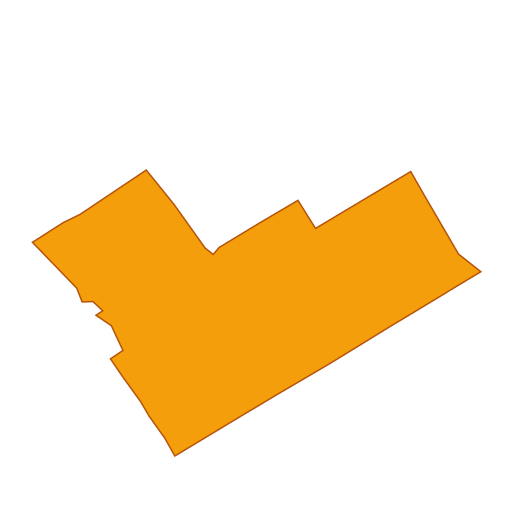 Broome, New York, United States of America (Robinson projection), rotated 329°
{"feature_id": "52423323B9880923188438", "entity_name": "Broome", "entity_type": "district", "adm_level": 2, "iso_a3": "USA", "parent_name": "United States of America", "parent_adm1": "New York", "projection": "robinson", "projection_center": [-75.837, 42.207], "detail": "fine", "context": "isolated", "style": "filled", "palette": "amber", "viewbox_px": 512, "rotation_deg": 329, "n_neighbors": 0, "source": "geoboundaries", "source_scale": "gbopen_adm2", "svg_char_len": 684}
<svg xmlns="http://www.w3.org/2000/svg" viewBox="0 0 512 512"><g transform="rotate(329 256 256)"><path d="M71.4,129.1L85.8,191.4L83.3,205.8L92.8,211.1L96.4,224.0L88.3,224.4L96.1,241.2L93.3,268.4L78.3,269.2L79.4,289.3L82.1,321.8L81.9,338.3L84.0,365.2L83.4,385.6L106.7,385.6L145.7,385.5L147.2,385.5L158.3,385.5L202.8,385.6L252.2,386.1L268.0,386.2L335.0,385.5L364.0,385.5L399.2,385.4L399.5,385.4L402.5,385.3L423.3,385.3L425.5,385.3L440.6,385.3L430.6,358.7L431.5,291.1L432.1,263.3L399.1,263.2L321.2,263.0L320.6,229.9L278.0,229.5L228.8,229.7L220.1,232.6L216.5,223.0L212.3,169.6L206.2,125.8L126.6,129.7L108.2,128.1L71.4,129.1Z" fill="#f59e0b" stroke="#b45309" stroke-width="1.5"/></g></svg>